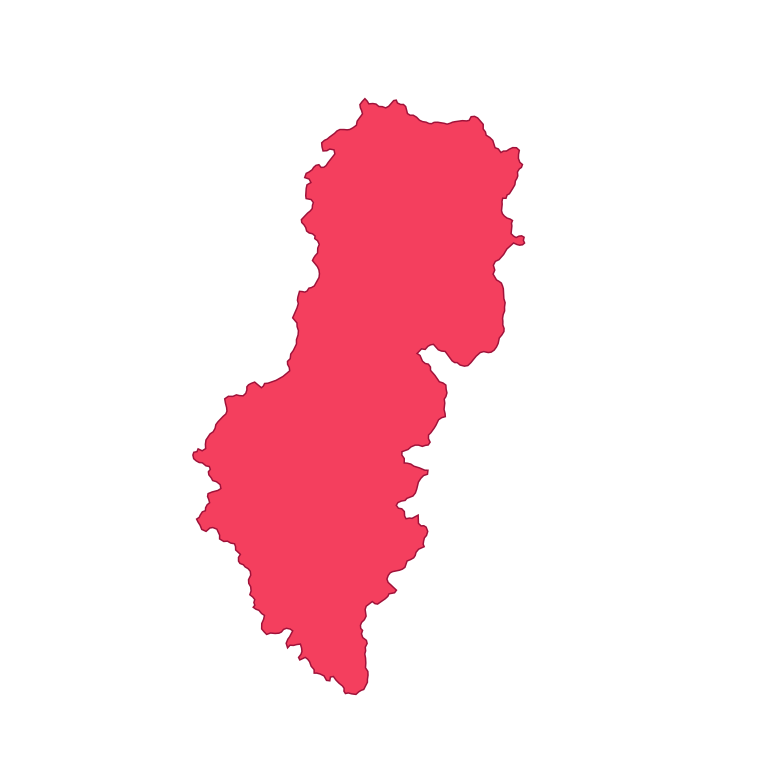 outline of Itambacuri, Minas Gerais, Brazil, rotated 332°
{"feature_id": "56859067B80184588118142", "entity_name": "Itambacuri", "entity_type": "district", "adm_level": 2, "iso_a3": "BRA", "parent_name": "Brazil", "parent_adm1": "Minas Gerais", "projection": "orthographic", "projection_center": [-41.849, -18.177], "detail": "fine", "context": "isolated", "style": "filled", "palette": "rose", "viewbox_px": 768, "rotation_deg": 332, "n_neighbors": 0, "source": "geoboundaries", "source_scale": "gbopen_adm2", "svg_char_len": 6171}
<svg xmlns="http://www.w3.org/2000/svg" viewBox="0 0 768 768"><g transform="rotate(332 384 384)"><path d="M175.1,460.9L177.2,467.0L174.1,468.8L172.4,472.1L172.6,474.8L175.0,477.6L175.5,480.3L177.3,483.2L178.0,486.6L176.6,490.2L172.5,493.2L171.0,496.5L171.1,500.4L169.5,504.3L166.6,507.1L168.1,510.4L168.7,513.6L166.5,515.9L166.1,518.7L163.7,519.7L165.1,522.6L167.3,525.1L168.2,529.2L169.8,532.2L167.3,535.2L163.6,538.1L161.0,542.8L161.8,546.6L162.8,550.0L166.9,550.6L170.8,553.2L174.3,554.7L177.0,554.8L180.1,553.5L183.2,553.9L186.1,556.3L187.5,559.1L182.0,562.9L179.4,564.1L175.9,567.0L175.0,571.7L178.4,570.5L181.3,572.3L184.7,573.1L188.1,574.4L187.3,578.4L186.0,581.6L183.8,583.7L180.2,585.3L180.1,588.1L186.1,588.4L187.4,591.1L187.9,594.3L187.2,599.0L188.2,603.3L186.6,606.5L188.9,607.7L191.5,610.1L194.0,613.6L194.1,618.7L196.8,620.6L199.1,617.6L202.0,618.5L202.6,622.9L203.9,627.3L205.6,631.2L205.9,634.0L204.4,636.5L204.6,639.2L207.4,640.0L210.0,642.4L213.5,644.9L217.4,643.9L220.2,643.8L222.7,644.2L229.3,639.6L230.7,637.0L233.2,633.6L234.8,630.2L234.4,625.9L236.9,621.9L239.0,617.4L240.3,613.3L242.5,611.0L243.9,607.6L247.3,605.2L248.1,602.1L246.2,597.9L246.8,594.0L249.4,591.5L248.7,588.9L249.9,586.0L252.3,584.0L256.0,582.9L259.2,580.6L261.5,574.2L264.0,571.8L271.5,570.6L272.9,573.7L275.0,575.3L284.3,574.2L287.7,573.3L289.9,571.6L295.3,573.3L298.2,571.9L294.5,561.1L295.0,557.6L298.0,554.9L300.9,553.6L303.5,553.7L310.3,555.7L313.3,556.1L316.4,555.7L321.3,551.1L325.1,551.5L328.6,551.4L331.0,550.1L333.2,547.7L337.0,546.1L343.1,546.5L343.4,543.8L345.3,541.2L347.5,538.8L350.4,537.7L353.4,534.7L354.0,530.2L352.6,527.8L350.1,526.7L349.0,523.2L352.6,515.8L345.7,515.8L343.5,514.3L340.2,513.3L340.2,510.3L342.1,506.1L341.1,502.5L338.4,500.4L337.9,496.9L340.6,495.2L344.3,495.5L348.0,496.7L350.5,495.7L357.0,496.5L360.6,494.9L363.5,492.2L368.3,486.8L372.2,484.6L376.0,483.4L380.0,484.1L382.3,480.8L379.6,479.3L375.9,474.7L371.8,470.6L370.1,467.3L367.3,464.8L364.8,463.2L366.9,459.3L366.4,455.1L368.1,452.2L374.5,453.1L378.4,452.2L382.8,452.6L385.8,454.2L388.6,457.1L391.7,457.6L394.4,458.6L397.4,457.0L397.6,453.1L399.4,449.9L402.5,449.0L407.6,446.5L410.5,444.8L415.4,441.2L419.1,440.8L422.8,441.6L424.1,438.6L425.1,434.6L428.7,429.4L430.1,425.6L432.7,424.2L435.4,421.4L436.4,417.8L438.1,414.0L436.6,410.8L433.9,408.0L433.0,400.3L431.5,393.8L433.0,390.8L432.5,387.3L430.0,385.2L428.7,381.9L429.2,375.7L427.5,372.6L433.6,370.6L436.6,372.8L440.5,371.3L443.6,371.3L446.3,372.2L448.0,379.3L450.1,381.8L453.3,384.0L455.0,395.5L456.4,398.2L458.7,399.5L460.1,403.0L463.4,406.0L466.7,407.1L470.8,405.9L478.4,402.7L483.8,401.4L487.3,402.2L490.8,405.2L493.6,406.2L497.2,405.8L500.7,404.1L503.8,401.8L507.4,397.5L511.1,396.0L514.5,394.0L516.1,391.3L516.6,387.7L518.4,384.4L519.5,381.7L521.7,378.8L524.8,376.1L526.5,372.7L529.1,369.1L529.9,364.9L534.1,355.9L534.7,353.0L535.0,350.0L533.7,347.3L532.2,344.9L531.9,338.2L535.3,335.4L536.3,330.5L539.9,328.0L543.9,328.2L550.4,325.8L555.8,322.5L564.6,320.3L566.8,323.2L568.9,325.1L571.7,326.1L574.3,325.5L574.5,322.6L576.6,320.2L575.1,317.8L572.6,316.8L569.4,316.7L567.8,314.2L566.8,310.9L571.1,304.5L572.1,301.8L574.2,300.0L572.9,297.7L570.5,295.2L569.1,292.2L568.5,289.2L569.1,286.2L572.7,280.8L573.9,278.2L576.0,275.7L578.9,277.3L581.4,274.9L584.0,274.9L589.6,271.7L593.1,269.5L595.4,266.3L597.8,264.9L599.8,263.1L601.4,259.4L604.5,257.6L607.0,257.3L609.3,255.2L608.0,252.1L608.6,247.9L610.6,244.4L613.2,241.2L611.9,237.6L608.6,235.7L604.9,235.5L601.5,235.8L598.8,234.4L595.9,234.5L595.3,230.1L593.0,227.5L594.4,220.0L593.2,216.1L591.0,212.3L591.9,209.1L591.3,205.4L593.5,201.3L591.6,193.0L589.6,190.2L586.4,188.9L583.0,191.2L580.4,190.5L576.9,188.3L569.8,185.7L567.4,185.0L564.8,184.8L561.7,184.2L559.7,182.2L554.3,178.1L551.1,176.5L548.2,176.5L546.0,175.1L544.1,172.6L541.2,170.4L539.2,167.8L538.0,163.7L536.0,160.4L533.2,158.9L531.7,156.2L533.4,149.2L532.4,146.3L529.9,145.0L527.8,142.2L528.1,139.1L525.6,138.3L518.5,141.0L515.1,141.0L512.7,138.3L509.7,136.5L508.4,133.1L505.8,131.1L502.1,129.5L502.0,126.4L501.1,123.1L497.3,124.4L493.9,126.0L492.8,129.1L492.6,132.1L491.8,135.4L483.7,139.3L481.1,142.6L476.5,143.2L473.2,143.2L470.8,142.3L468.2,140.6L464.5,138.6L461.2,138.5L458.0,139.5L451.9,140.4L448.9,141.1L445.8,140.9L442.2,141.8L440.6,145.5L439.6,149.6L443.1,151.2L446.4,151.1L449.8,153.8L448.6,157.8L438.7,162.2L435.4,164.0L432.6,164.4L430.1,163.2L429.5,159.8L426.6,159.0L423.6,159.7L421.1,161.1L417.3,161.6L414.2,161.5L410.9,164.5L414.1,167.9L414.1,171.8L409.5,172.0L407.2,174.7L403.3,181.0L402.3,183.7L406.3,187.0L406.8,190.7L404.8,192.5L403.0,195.4L400.1,196.6L396.8,197.2L388.2,200.1L387.2,202.8L388.1,206.0L388.3,209.2L387.5,212.6L388.8,215.5L391.4,217.8L392.6,221.0L391.1,223.1L392.6,226.3L392.4,230.3L389.3,232.9L386.8,237.2L383.5,238.4L381.1,239.7L378.8,241.4L380.3,249.1L380.1,252.7L378.8,256.3L376.7,259.4L368.5,264.7L365.1,264.8L362.7,264.1L359.7,265.8L357.2,265.7L355.2,264.0L352.9,262.5L348.8,266.8L346.9,269.4L346.1,272.8L342.9,276.0L334.4,282.7L335.8,289.2L334.2,292.6L333.5,296.7L331.2,300.3L327.5,303.8L325.5,307.6L319.6,311.9L315.7,313.8L313.1,317.6L309.4,318.7L308.1,321.4L308.1,325.0L306.9,328.1L298.4,329.9L290.3,330.1L281.9,328.8L278.8,327.5L276.5,329.2L274.0,329.7L270.7,321.6L267.0,321.1L264.0,321.1L261.6,322.1L260.1,324.9L257.6,327.3L254.0,328.3L250.8,326.3L248.6,324.3L244.8,324.0L240.8,321.8L236.4,322.3L235.0,326.5L234.0,330.8L232.6,334.2L230.3,336.2L226.6,337.1L219.7,339.4L216.5,340.9L214.0,343.9L210.7,346.0L207.0,346.4L200.5,349.9L198.0,353.4L196.2,357.3L192.1,357.6L189.4,354.0L187.1,355.9L184.0,355.0L181.9,357.0L180.9,360.6L182.1,363.7L183.9,366.5L186.6,368.3L188.4,372.7L191.0,374.8L190.6,377.8L187.7,379.1L186.7,382.0L187.4,385.8L187.4,388.8L190.2,391.6L192.1,395.9L190.9,399.7L187.4,400.0L181.4,398.6L177.2,398.2L175.4,400.5L175.1,403.5L174.3,407.0L171.2,407.6L168.4,409.5L166.8,412.0L163.6,411.6L160.3,413.4L158.2,415.0L155.1,415.3L155.0,418.6L155.3,422.3L154.8,426.8L157.7,430.6L162.7,429.4L165.5,430.4L168.3,433.7L167.9,440.3L166.1,443.6L168.6,447.8L172.0,449.3L174.0,452.5L177.0,454.9L176.6,457.8L175.1,460.9Z" fill="#f43f5e" stroke="#9f1239" stroke-width="1.5"/></g></svg>